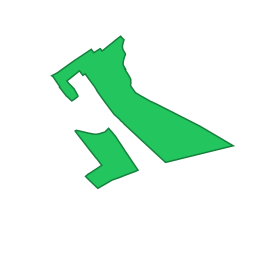 the district of San Sebastián Tutla, Oaxaca, Mexico, rotated 310°
{"feature_id": "50627088B66033285847791", "entity_name": "San Sebastián Tutla", "entity_type": "district", "adm_level": 2, "iso_a3": "MEX", "parent_name": "Mexico", "parent_adm1": "Oaxaca", "projection": "natural_earth1", "projection_center": [-96.683, 17.044], "detail": "fine", "context": "isolated", "style": "filled", "palette": "green", "viewbox_px": 256, "rotation_deg": 310, "n_neighbors": 0, "source": "geoboundaries", "source_scale": "gbopen_adm2", "svg_char_len": 3674}
<svg xmlns="http://www.w3.org/2000/svg" viewBox="0 0 256 256"><g transform="rotate(310 128 128)"><path d="M125.8,178.9L182.0,220.0L175.7,182.3L164.7,134.7L163.0,128.5L162.9,128.3L160.6,115.9L160.2,112.9L159.9,111.4L159.8,111.1L160.3,109.3L160.9,106.8L161.9,103.1L162.3,102.6L164.4,101.2L167.1,98.7L168.6,95.1L169.9,91.1L170.2,90.0L171.1,87.9L171.2,88.2L171.4,88.4L173.2,83.8L174.4,82.7L176.1,81.5L178.1,80.5L179.0,80.2L180.0,79.7L180.8,79.4L182.7,78.8L183.2,78.1L184.0,75.8L184.5,74.7L184.6,74.4L184.7,74.0L184.8,73.7L185.3,73.1L186.7,71.4L186.9,71.3L187.1,71.1L187.3,71.0L187.4,70.9L190.2,69.5L193.0,68.2L193.2,65.5L193.2,64.6L193.4,64.3L193.5,63.9L193.6,63.4L192.1,63.0L188.7,62.3L188.5,62.2L186.3,61.8L182.0,61.0L181.1,60.8L180.5,60.7L179.2,60.4L178.7,60.4L177.4,60.1L176.6,59.9L175.4,59.7L174.4,59.5L173.7,59.4L170.3,58.6L170.5,57.9L171.0,55.8L170.9,55.7L166.8,54.4L166.5,54.3L163.8,53.4L164.0,52.1L164.7,49.3L160.2,48.0L143.8,43.2L140.3,42.3L140.2,42.3L139.9,42.2L124.9,38.4L121.4,37.0L119.0,36.0L119.1,36.7L119.1,37.7L117.8,42.2L116.5,46.8L115.8,49.4L115.2,49.3L114.4,53.1L113.5,57.1L113.4,57.8L113.0,59.7L112.9,59.8L112.9,61.9L112.9,62.8L112.8,63.6L112.7,65.2L112.6,66.6L112.6,67.0L112.6,67.5L112.8,67.6L113.7,67.9L115.4,68.4L116.2,68.5L116.9,68.7L117.4,68.8L119.0,69.2L119.8,69.3L120.2,69.2L120.6,68.8L121.2,67.2L123.0,62.4L123.4,61.3L123.6,59.0L123.9,56.4L124.0,54.3L124.1,54.0L124.2,53.5L124.5,52.1L124.7,50.9L131.5,52.3L132.4,52.5L133.7,52.7L133.8,52.8L135.2,53.0L135.6,53.1L136.8,53.4L137.7,53.5L138.6,53.7L140.6,54.1L140.1,56.2L139.6,58.2L139.3,59.6L141.9,60.4L141.0,64.2L140.7,65.1L140.7,65.5L140.3,66.9L138.0,76.6L137.9,76.9L137.6,77.4L137.2,78.9L136.7,79.9L136.3,81.0L136.2,81.3L134.4,88.1L134.1,89.3L133.8,90.5L133.4,92.2L132.9,94.0L132.6,95.5L132.5,95.8L132.0,98.2L132.0,98.5L131.9,98.6L131.4,100.3L130.7,103.5L129.6,108.4L129.5,108.9L129.4,109.1L129.5,109.7L129.5,109.8L129.4,113.3L129.3,114.4L129.3,115.7L129.1,116.8L128.9,118.2L128.9,119.1L129.0,120.8L128.6,121.9L128.4,126.4L127.9,135.2L127.9,135.6L127.5,143.6L127.3,146.3L127.3,146.8L127.3,147.4L127.2,148.4L127.2,150.1L127.0,153.1L126.2,169.6L125.8,178.9ZM91.7,89.5L91.3,91.2L89.9,97.3L89.1,101.2L88.3,104.8L87.5,108.8L87.3,109.3L86.6,112.6L85.6,117.4L85.5,118.0L84.6,122.4L84.5,122.9L84.4,124.1L82.7,131.4L82.6,131.9L76.1,130.0L73.4,129.2L71.8,128.7L71.5,128.7L71.1,128.5L68.0,127.5L67.5,127.3L67.3,127.2L63.8,126.6L63.6,126.6L63.0,133.5L62.4,143.7L64.1,144.3L77.9,149.3L86.8,154.5L87.4,154.8L88.8,155.5L89.6,156.0L90.6,156.5L91.5,157.0L93.3,158.0L96.1,159.6L98.4,160.9L98.6,161.1L102.1,162.8L104.7,153.7L105.9,149.6L106.3,148.2L107.1,145.6L107.2,145.3L107.4,144.4L107.9,142.7L108.2,141.7L108.3,141.2L108.5,140.4L108.5,140.2L108.7,139.8L108.8,139.5L108.9,139.1L109.0,138.9L109.3,138.1L109.4,137.8L109.5,137.5L109.6,137.1L109.6,136.9L110.4,134.5L111.2,131.6L112.7,126.5L112.9,125.9L113.0,125.8L113.2,125.0L113.5,123.9L113.6,123.6L113.7,123.1L113.8,122.0L114.0,121.3L114.1,120.7L114.3,119.7L114.4,119.1L114.6,118.1L114.8,117.4L114.7,116.6L115.3,113.5L115.3,113.3L115.2,113.3L114.6,113.3L113.8,113.2L113.4,113.2L111.9,113.0L111.3,113.0L110.6,113.0L110.4,113.0L110.0,112.8L109.5,112.4L109.1,112.2L108.7,112.0L108.1,111.6L107.4,111.1L107.2,111.0L107.0,110.9L106.6,110.6L106.2,110.4L105.5,109.9L105.1,109.7L104.9,109.5L104.5,109.2L103.6,108.4L102.7,107.5L101.3,105.8L100.7,105.0L100.8,104.7L100.2,103.8L100.1,103.6L99.8,103.0L99.7,102.8L99.5,102.4L99.3,102.2L98.7,101.0L98.6,100.8L97.9,99.5L97.8,99.3L97.1,97.8L97.0,97.6L96.7,97.0L96.5,96.7L95.9,95.5L95.3,94.3L94.7,93.1L94.1,92.0L93.5,90.9L93.1,90.0L92.8,89.8L92.4,89.6L92.0,89.6L91.7,89.5Z" fill="#22c55e" stroke="#15803d" stroke-width="1.5"/></g></svg>